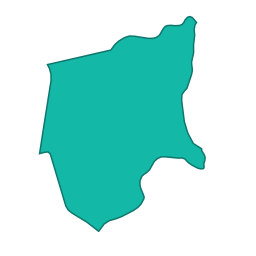 map outline of Machinga (orthographic projection), rotated 166°
{"feature_id": "MWI-1904", "entity_name": "Machinga", "entity_type": "District", "adm_level": 1, "iso_a3": "MWI", "parent_name": "Malawi", "parent_adm1": "", "projection": "orthographic", "projection_center": [35.438, -14.901], "detail": "fine", "context": "isolated", "style": "filled", "palette": "teal", "viewbox_px": 256, "rotation_deg": 166, "n_neighbors": 0, "source": "natural_earth", "source_scale": "10m", "svg_char_len": 1376}
<svg xmlns="http://www.w3.org/2000/svg" viewBox="0 0 256 256"><g transform="rotate(166 128 128)"><path d="M181.5,34.9L190.6,46.5L202.9,59.0L205.8,62.8L207.2,67.3L209.7,121.8L211.4,124.1L214.6,124.6L220.0,124.5L210.6,146.9L203.6,163.4L191.4,192.1L189.7,198.6L189.8,204.7L190.8,209.0L190.7,209.0L125.9,207.8L125.2,208.2L124.3,209.0L123.7,209.5L121.3,211.6L118.6,213.2L115.5,214.7L110.1,216.4L106.8,216.8L104.0,216.8L99.3,215.4L86.5,210.0L81.6,208.9L78.6,209.1L75.8,210.0L74.2,211.2L69.4,216.2L66.9,217.7L64.6,217.8L61.4,217.2L57.3,215.8L53.1,215.0L50.5,215.4L48.5,216.7L46.5,219.0L43.4,221.1L40.9,221.1L39.1,219.8L38.1,218.1L36.0,213.8L38.0,211.9L40.0,207.6L40.8,202.1L44.4,192.4L46.0,185.5L50.4,176.4L50.9,173.8L51.3,169.8L52.0,167.5L53.5,164.3L61.2,152.3L65.0,149.7L67.6,147.3L69.3,141.6L71.8,120.6L71.2,108.3L68.3,97.1L62.3,90.7L61.6,90.2L62.0,88.1L61.8,87.6L60.7,84.3L60.4,82.9L60.3,81.5L60.5,80.1L61.4,77.7L62.7,75.6L63.2,74.5L63.6,71.8L64.1,70.8L64.8,70.3L66.6,70.6L67.7,70.9L69.0,71.6L70.6,72.6L74.9,76.5L77.6,79.5L80.3,84.1L81.8,85.3L83.7,86.1L86.4,86.6L99.4,91.2L103.0,91.9L106.9,91.2L110.6,89.2L117.2,82.2L121.0,80.1L123.7,79.2L126.2,77.8L128.9,74.3L130.0,70.8L130.3,67.2L129.1,58.4L129.2,56.7L129.8,55.4L133.7,51.1L137.2,48.8L142.6,46.7L155.1,43.7L161.3,42.9L168.7,42.6L174.4,40.6L181.4,34.9L181.5,34.9Z" fill="#14b8a6" stroke="#0f766e" stroke-width="1.5"/></g></svg>